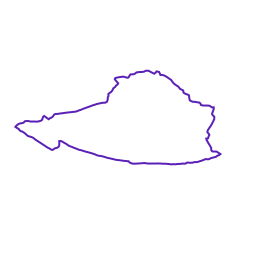 Uriri, Nyanza, Kenya (Equal Earth projection), rotated 129°
{"feature_id": "3690345B30579177198917", "entity_name": "Uriri", "entity_type": "district", "adm_level": 2, "iso_a3": "KEN", "parent_name": "Kenya", "parent_adm1": "Nyanza", "projection": "equal_earth", "projection_center": [34.454, -0.944], "detail": "fine", "context": "isolated", "style": "outline", "palette": "violet", "viewbox_px": 256, "rotation_deg": 129, "n_neighbors": 0, "source": "geoboundaries", "source_scale": "gbopen_adm2", "svg_char_len": 3471}
<svg xmlns="http://www.w3.org/2000/svg" viewBox="0 0 256 256"><g transform="rotate(129 128 128)"><path d="M129.2,71.7L127.8,70.3L126.7,68.7L125.6,67.6L124.5,66.5L122.9,64.7L121.4,63.3L120.5,62.1L119.5,60.9L117.8,60.4L116.7,59.0L115.8,57.6L114.4,56.1L112.8,55.0L111.8,53.8L110.9,52.8L109.8,52.0L108.5,51.2L107.5,50.5L106.4,49.8L104.9,49.0L103.2,48.0L102.0,46.1L101.0,45.3L99.4,44.7L97.9,43.6L96.4,42.5L95.0,41.5L93.3,41.1L91.7,40.1L90.1,39.8L90.4,42.6L90.5,44.1L91.4,45.4L92.3,46.5L93.2,47.9L92.8,49.4L91.1,50.8L90.8,51.6L90.0,53.6L89.4,55.4L88.6,57.4L88.0,59.1L87.0,60.5L85.8,59.3L84.9,59.6L83.5,60.2L82.2,60.4L81.6,61.6L81.5,63.2L80.5,64.3L79.1,64.6L77.4,64.8L76.0,64.9L74.4,65.0L72.4,65.3L71.0,65.6L70.0,65.8L69.4,65.9L68.4,66.2L68.0,66.3L66.6,66.7L64.9,68.1L64.7,70.4L64.1,71.6L63.0,72.0L61.9,72.4L60.5,72.9L58.9,73.5L58.0,74.5L59.1,75.6L59.4,78.7L60.6,80.5L62.0,82.2L63.0,83.5L63.4,83.9L63.9,85.2L64.2,85.9L63.4,87.0L63.3,88.5L64.4,90.3L65.6,92.6L66.8,94.0L67.3,95.5L67.6,97.3L66.5,98.9L65.2,100.2L64.2,101.3L64.6,102.9L65.3,104.8L65.6,107.1L64.1,108.7L64.2,109.4L64.9,112.5L64.6,113.1L64.4,113.8L64.2,115.4L64.5,117.8L64.6,120.3L64.1,122.7L63.5,124.7L63.7,127.1L63.9,129.8L64.2,131.8L64.3,132.6L65.3,135.0L66.4,136.2L65.6,137.6L64.9,139.1L66.0,141.4L67.8,141.4L69.3,141.8L69.8,143.9L70.2,146.0L70.6,148.1L72.2,150.1L74.1,151.0L74.6,151.4L75.5,152.3L75.9,152.6L77.2,154.2L79.4,156.4L81.1,156.7L82.5,157.3L83.5,158.3L84.7,159.8L86.7,159.7L88.2,159.4L89.1,159.8L90.0,161.5L90.6,163.1L91.0,163.9L91.6,164.5L92.8,165.7L93.4,166.2L93.9,166.7L95.1,167.7L95.6,168.2L96.2,168.6L97.2,169.3L98.4,169.0L98.8,167.3L99.1,165.6L99.3,164.6L99.4,163.8L100.9,163.5L102.4,164.0L104.1,163.8L106.4,164.4L108.6,163.8L110.6,163.8L112.4,164.4L114.1,164.6L115.4,163.3L116.9,163.0L118.8,161.6L120.8,160.9L122.5,161.5L124.6,163.8L126.8,165.6L129.1,167.4L130.6,168.3L131.8,169.2L133.7,170.3L135.4,171.3L137.8,172.8L141.3,174.9L143.4,176.0L144.9,177.0L146.8,178.0L148.2,179.0L149.2,179.9L150.1,180.9L151.3,182.0L154.8,185.5L157.5,188.0L159.9,190.3L161.5,191.7L162.6,193.1L164.2,193.9L166.1,193.6L167.8,193.9L169.4,194.8L170.7,195.0L171.1,195.1L171.3,197.7L171.3,199.3L171.4,200.2L171.4,200.7L172.9,201.0L174.1,200.5L175.7,199.9L177.2,200.3L178.4,201.1L179.7,202.1L181.1,203.7L182.3,205.4L183.4,206.6L184.4,208.0L185.2,209.6L186.1,211.0L187.7,212.4L189.3,212.5L190.5,213.0L192.0,214.5L193.8,215.6L196.3,216.2L198.0,216.2L197.8,213.8L197.5,212.4L198.0,210.7L197.9,209.3L197.3,208.0L197.0,205.7L197.1,203.3L197.2,200.8L196.0,197.8L195.7,197.1L195.3,195.5L195.3,193.7L195.3,193.1L195.3,192.4L195.1,191.1L195.0,189.9L194.7,187.1L193.8,177.9L193.4,176.5L193.2,174.7L192.8,173.1L191.4,172.4L190.2,172.2L189.6,171.9L188.3,170.9L187.8,170.6L186.6,170.2L186.0,170.2L185.1,170.4L184.4,170.8L183.6,171.4L183.1,171.8L181.4,173.2L180.2,171.7L179.8,169.6L179.6,167.9L179.2,165.7L179.1,163.1L178.6,161.4L178.0,159.8L177.5,157.8L177.0,156.4L176.2,154.0L175.9,152.7L174.9,150.7L173.7,147.8L173.1,146.2L172.4,144.7L171.4,142.5L170.2,139.6L169.2,136.9L168.8,135.1L167.7,132.8L166.7,131.3L166.0,129.8L165.2,128.0L164.3,125.5L163.1,123.2L161.5,119.9L160.6,118.0L159.7,116.3L158.6,114.7L157.0,112.0L155.9,110.2L154.9,108.8L154.5,108.1L154.0,107.2L153.5,106.7L153.8,104.9L153.0,102.3L151.1,99.8L149.2,97.8L147.7,96.1L146.5,94.9L144.8,93.1L143.7,91.1L141.8,88.5L140.3,86.7L138.5,84.5L136.8,82.5L135.1,80.3L133.6,78.1L132.0,76.2L130.8,74.3L129.8,72.9L129.2,71.7Z" fill="none" stroke="#5b21b6" stroke-width="2"/></g></svg>